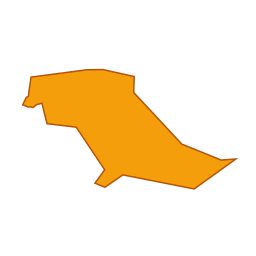 outline of Landri Sales, Piauí, Brazil, rotated 252°
{"feature_id": "56859067B80048635644180", "entity_name": "Landri Sales", "entity_type": "district", "adm_level": 2, "iso_a3": "BRA", "parent_name": "Brazil", "parent_adm1": "Piauí", "projection": "equal_earth", "projection_center": [-43.866, -7.314], "detail": "fine", "context": "isolated", "style": "filled", "palette": "amber", "viewbox_px": 256, "rotation_deg": 252, "n_neighbors": 0, "source": "geoboundaries", "source_scale": "gbopen_adm2", "svg_char_len": 602}
<svg xmlns="http://www.w3.org/2000/svg" viewBox="0 0 256 256"><g transform="rotate(252 128 128)"><path d="M49.6,172.1L65.2,221.0L68.7,206.7L94.0,176.6L96.0,174.2L136.2,155.5L159.9,144.4L175.0,149.8L188.6,126.8L191.3,122.3L196.1,106.8L206.4,51.5L198.4,47.6L194.1,45.4L188.8,43.0L188.6,40.8L182.5,35.0L181.6,36.3L180.6,37.5L179.4,38.7L178.6,40.1L178.3,42.0L177.5,42.7L176.8,44.3L177.5,45.8L178.0,47.1L178.5,48.5L178.3,50.9L178.2,52.6L178.2,53.8L157.1,52.3L144.8,79.0L136.0,81.5L95.5,92.9L92.2,88.4L85.7,79.5L78.8,87.7L85.0,108.6L49.6,172.1Z" fill="#f59e0b" stroke="#b45309" stroke-width="1.5"/></g></svg>